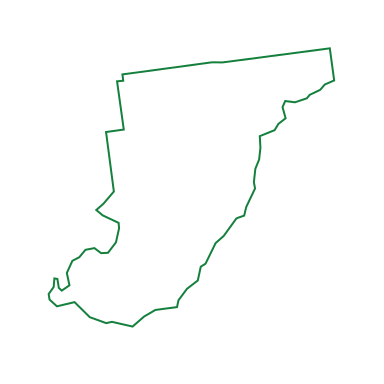 Monroe, Alabama, United States of America (Robinson projection), rotated 353°
{"feature_id": "52423323B79437263897554", "entity_name": "Monroe", "entity_type": "district", "adm_level": 2, "iso_a3": "USA", "parent_name": "United States of America", "parent_adm1": "Alabama", "projection": "robinson", "projection_center": [-87.413, 31.53], "detail": "fine", "context": "isolated", "style": "outline", "palette": "green", "viewbox_px": 384, "rotation_deg": 353, "n_neighbors": 0, "source": "geoboundaries", "source_scale": "gbopen_adm2", "svg_char_len": 954}
<svg xmlns="http://www.w3.org/2000/svg" viewBox="0 0 384 384"><g transform="rotate(353 192 192)"><path d="M96.7,311.1L116.6,318.3L129.4,309.7L141.3,304.6L163.1,304.4L165.4,297.8L175.2,287.5L187.0,280.5L191.6,267.2L196.7,264.8L209.2,245.6L218.2,239.4L232.7,223.8L234.4,223.2L240.9,221.8L244.0,213.5L255.0,196.2L254.6,189.8L257.7,176.7L262.6,167.9L265.3,156.5L266.1,144.8L281.5,140.7L286.1,134.9L293.9,130.2L292.2,118.8L295.6,113.1L305.1,115.5L317.4,113.0L320.7,109.9L331.7,106.2L336.9,101.5L346.7,98.6L346.3,66.2L238.2,67.1L227.5,65.7L137.3,66.8L137.3,73.2L131.1,73.0L131.9,121.7L114.0,122.0L114.5,182.0L102.6,192.9L94.8,198.2L100.5,204.3L115.4,213.7L115.2,219.1L110.4,232.7L101.2,242.1L94.3,241.6L88.3,235.8L79.2,236.4L72.2,243.0L64.9,245.7L57.9,257.1L59.0,269.7L50.7,274.0L48.1,270.9L47.8,261.9L44.9,261.0L43.1,269.5L37.3,275.8L37.5,281.4L44.0,289.0L62.0,287.0L75.3,303.8L90.9,311.7L96.7,311.1Z" fill="none" stroke="#15803d" stroke-width="2"/></g></svg>